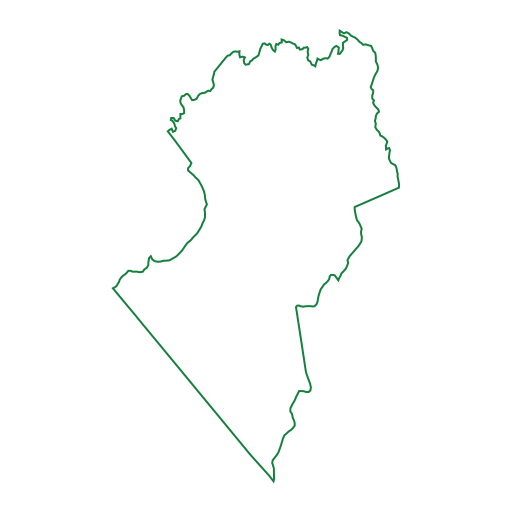 Tremedal, Bahia, Brazil (Equal Earth projection)
{"feature_id": "56859067B30570049489209", "entity_name": "Tremedal", "entity_type": "district", "adm_level": 2, "iso_a3": "BRA", "parent_name": "Brazil", "parent_adm1": "Bahia", "projection": "equal_earth", "projection_center": [-41.451, -15.093], "detail": "fine", "context": "isolated", "style": "outline", "palette": "green", "viewbox_px": 512, "rotation_deg": 0, "n_neighbors": 0, "source": "geoboundaries", "source_scale": "gbopen_adm2", "svg_char_len": 4781}
<svg xmlns="http://www.w3.org/2000/svg" viewBox="0 0 512 512"><path d="M371.2,45.9L368.1,45.2L365.8,44.4L363.1,44.8L361.2,42.9L359.5,41.9L357.6,39.7L355.3,37.7L353.2,36.8L351.1,35.7L348.9,33.5L346.5,32.2L344.0,33.3L341.9,32.1L339.7,30.7L339.6,33.1L340.0,35.2L341.6,35.4L343.7,36.2L345.2,37.0L347.0,37.8L347.2,39.8L345.1,41.4L343.0,42.7L342.9,45.1L343.2,48.2L342.5,50.3L341.2,52.1L339.8,53.9L338.0,53.8L338.5,51.3L338.8,47.5L336.3,45.9L334.5,47.0L332.6,48.9L331.6,51.6L330.6,53.8L329.5,56.6L327.7,58.6L325.4,58.2L323.3,58.6L320.9,60.2L319.0,59.5L317.5,58.6L316.9,60.8L315.9,63.6L315.3,66.3L313.8,65.3L311.8,64.7L310.2,61.4L308.2,60.4L307.3,57.5L308.3,54.6L307.6,51.8L308.3,48.9L307.2,47.1L305.3,47.7L303.7,47.7L302.6,49.1L299.8,49.6L298.9,47.5L297.0,48.0L296.1,46.1L295.1,44.4L292.8,43.5L290.7,42.3L289.0,41.7L286.2,42.2L283.8,40.2L281.6,39.5L281.8,42.4L279.4,43.1L278.3,44.7L276.3,44.0L275.5,46.2L275.6,49.6L274.9,51.5L273.0,50.0L271.7,47.8L270.8,44.9L269.4,43.7L267.8,45.0L266.3,44.7L264.7,43.4L262.8,43.7L261.5,46.6L260.3,48.7L259.8,50.9L259.1,53.3L258.4,55.4L256.6,56.8L254.7,58.0L253.3,58.7L252.1,60.4L250.3,61.2L248.9,64.1L247.3,64.4L245.6,64.7L244.2,63.1L243.7,59.7L244.9,57.4L242.7,56.7L240.0,57.3L239.3,54.3L239.5,51.3L237.2,51.8L235.6,51.4L233.4,51.8L231.2,53.6L229.7,55.3L227.6,55.7L225.9,57.5L214.3,71.8L214.0,74.0L213.1,76.9L212.4,79.7L213.2,82.2L213.9,84.8L213.3,87.5L211.5,89.2L210.3,91.0L208.2,90.7L206.6,91.6L204.9,92.8L202.3,93.0L199.9,94.0L198.1,95.9L196.7,98.7L194.3,99.9L192.1,100.1L190.8,98.1L189.5,95.8L187.5,93.9L185.6,94.3L184.3,95.7L181.8,96.3L180.9,98.6L180.2,100.6L180.7,103.5L182.1,105.5L183.5,107.2L184.1,110.4L184.1,113.1L182.3,114.0L180.4,114.0L180.4,118.4L178.8,119.1L177.8,121.2L175.4,120.7L173.6,118.0L171.2,118.0L170.8,120.0L172.2,120.6L173.4,122.1L174.4,123.8L175.0,126.2L176.2,128.2L175.2,130.8L173.0,131.8L171.6,128.7L169.3,130.0L167.8,131.3L175.4,141.2L191.4,163.0L190.0,166.0L188.1,168.2L188.1,170.5L189.6,171.8L191.7,173.6L193.9,175.5L195.4,177.4L197.4,179.1L198.8,180.7L199.9,182.8L201.5,185.6L202.9,188.8L203.8,190.8L204.4,193.2L204.9,195.2L205.1,198.3L205.9,201.4L206.9,204.4L205.8,206.5L204.5,209.2L205.0,212.5L205.0,215.4L204.9,217.6L204.3,219.9L203.2,221.9L202.3,223.8L201.3,226.6L199.0,230.4L197.1,233.4L193.1,237.4L190.5,240.5L187.5,242.8L185.6,245.3L182.2,250.3L178.8,254.0L176.3,256.4L173.4,258.1L171.5,259.1L169.6,260.3L166.8,260.6L163.2,260.8L160.5,261.6L158.1,261.7L155.9,261.5L154.1,260.8L152.2,259.2L150.8,256.2L149.1,258.1L148.4,261.9L148.3,265.1L146.8,267.8L144.4,269.4L142.8,271.7L140.7,272.1L138.6,272.1L136.7,271.6L134.7,271.7L132.6,271.7L130.7,270.8L128.3,270.8L126.8,272.7L125.4,274.1L123.9,275.1L122.3,276.3L120.7,278.1L119.5,280.2L118.9,282.2L117.6,284.0L116.8,285.7L115.2,287.1L112.9,288.3L127.5,305.9L134.4,314.1L138.3,318.9L143.6,325.4L146.7,329.1L170.1,357.4L236.5,437.9L250.4,454.8L253.2,457.9L269.1,475.6L273.5,481.3L274.0,479.2L274.0,475.2L273.9,472.5L273.9,468.4L273.0,465.4L272.2,463.0L272.7,460.2L274.8,457.6L276.5,455.4L278.3,452.6L279.8,448.6L280.8,445.8L281.7,442.8L282.8,439.0L284.4,435.3L286.5,433.5L289.0,431.2L290.8,430.1L293.1,427.9L294.7,425.6L294.7,423.1L294.1,420.7L292.8,418.0L292.1,414.2L290.3,411.3L290.4,408.3L292.4,404.3L293.8,402.0L295.3,399.1L296.0,397.1L297.4,394.5L299.1,391.0L303.8,391.2L306.2,392.0L308.7,392.0L310.4,390.4L310.9,387.4L310.0,383.5L306.5,374.0L305.6,369.9L301.2,340.8L296.0,307.0L297.1,305.7L298.9,305.5L300.8,306.3L303.4,306.7L305.4,306.3L308.2,306.1L310.7,306.2L313.0,306.5L314.6,306.2L316.4,304.4L317.5,302.0L317.9,299.3L318.4,296.6L319.2,293.8L320.1,291.0L320.8,289.1L322.2,287.3L324.0,284.5L326.4,282.6L328.1,280.7L329.2,279.1L329.7,276.3L331.0,274.9L332.9,274.9L334.8,275.4L338.3,280.3L339.1,278.3L340.5,275.8L341.4,273.4L343.4,271.5L345.9,268.5L347.1,265.9L348.1,263.0L347.5,260.0L349.7,256.1L358.7,245.8L359.8,244.0L361.4,241.5L361.9,237.5L361.2,234.3L361.0,231.9L361.7,228.8L359.8,224.3L358.3,221.8L357.0,220.3L356.0,216.7L355.3,213.1L354.7,209.6L354.7,207.0L360.5,204.5L398.9,187.7L399.1,184.5L398.6,181.8L398.0,178.5L397.5,176.2L397.7,173.5L397.0,171.5L396.6,168.6L395.9,166.4L394.9,164.9L393.0,164.1L391.1,163.0L390.2,161.4L388.8,158.2L389.2,155.2L389.5,152.5L390.0,150.5L389.2,148.1L387.5,148.5L386.1,149.4L385.8,145.8L387.3,141.8L385.9,139.5L384.0,137.7L382.0,136.2L380.3,135.6L379.8,133.5L378.6,131.5L376.8,129.8L375.3,127.2L375.8,123.5L374.9,121.0L375.6,118.6L375.9,115.8L377.1,113.4L379.0,111.8L378.3,109.5L376.5,107.7L374.3,105.3L373.1,102.7L374.0,100.5L372.3,98.6L372.2,95.6L373.2,92.7L373.2,90.3L371.6,89.0L370.7,87.0L371.9,84.0L372.9,80.7L373.7,78.2L374.5,76.2L375.9,73.5L377.5,70.8L378.0,68.0L377.7,65.5L376.9,63.5L375.8,61.4L375.9,58.3L375.7,55.5L375.2,52.8L373.3,51.0L372.2,48.3L371.2,45.9Z" fill="none" stroke="#15803d" stroke-width="2"/></svg>